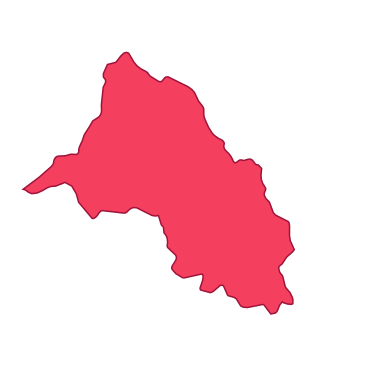 the border of Pardubický, rotated 212°
{"feature_id": "CZE-10373", "entity_name": "Pardubický", "entity_type": "Region", "adm_level": 1, "iso_a3": "CZE", "parent_name": "Czechia", "parent_adm1": "", "projection": "mercator", "projection_center": [16.129, 49.893], "detail": "fine", "context": "isolated", "style": "filled", "palette": "rose", "viewbox_px": 384, "rotation_deg": 212, "n_neighbors": 0, "source": "natural_earth", "source_scale": "10m", "svg_char_len": 2908}
<svg xmlns="http://www.w3.org/2000/svg" viewBox="0 0 384 384"><g transform="rotate(212 192 192)"><path d="M282.7,123.2L289.2,129.2L297.1,133.3L304.8,132.8L310.7,124.8L314.9,121.7L317.2,118.5L319.2,114.5L322.6,109.3L326.9,105.7L330.6,105.1L334.4,105.4L336.7,104.8L329.6,123.1L324.8,139.1L324.5,142.2L325.7,145.4L326.0,146.4L326.1,148.4L325.8,149.6L325.3,150.6L324.5,151.5L318.6,155.6L314.8,159.8L313.6,160.6L312.9,160.9L309.7,162.7L309.1,164.3L309.2,165.7L310.5,168.0L311.0,169.3L311.4,170.8L312.2,177.3L313.6,183.0L313.7,184.7L313.6,192.7L313.8,199.7L310.8,206.3L310.5,208.6L310.9,211.1L311.9,213.2L315.0,217.8L322.8,233.8L323.3,238.7L324.0,240.3L325.0,241.4L328.0,242.5L329.9,245.4L331.3,255.3L325.5,261.4L325.0,263.5L324.5,269.3L323.4,273.7L321.5,275.7L319.4,276.2L309.9,271.3L305.5,269.8L300.8,269.4L294.4,269.8L292.7,269.6L290.3,268.5L288.9,268.1L278.8,268.1L277.1,268.8L276.2,270.1L275.9,272.5L275.6,274.5L275.0,275.7L273.3,277.0L250.9,279.2L246.3,278.8L242.6,277.7L234.9,272.7L228.2,270.2L226.2,268.8L224.8,266.8L223.6,264.7L221.9,262.5L219.5,260.5L212.4,255.7L206.8,252.9L203.0,251.8L198.1,251.5L194.0,251.9L192.0,251.5L190.5,250.5L189.9,249.2L189.4,247.7L188.0,246.3L185.9,245.1L181.6,244.2L178.7,243.2L176.2,241.9L173.5,240.1L172.2,239.6L171.1,239.5L170.3,240.3L169.9,241.0L169.0,243.4L168.3,244.5L167.4,245.2L165.3,246.0L164.4,246.5L161.5,249.8L159.6,251.0L157.9,251.0L155.8,250.4L153.2,249.3L151.5,249.4L150.2,250.1L145.4,248.8L142.4,242.8L139.8,239.3L136.7,236.8L131.8,234.4L131.1,233.7L130.7,232.7L130.2,229.7L129.6,228.4L128.6,227.3L125.9,225.6L120.9,224.4L112.2,217.6L108.9,216.7L94.5,217.9L93.4,217.3L91.4,215.1L86.5,207.1L82.9,202.8L74.7,197.3L74.9,195.0L75.7,192.0L76.6,189.2L77.1,187.5L77.3,185.8L77.4,180.0L77.5,178.7L77.8,177.8L78.2,176.8L78.7,175.3L78.4,173.9L76.6,171.7L75.2,170.6L73.9,169.9L71.4,169.2L69.9,168.1L63.0,161.4L61.7,160.6L55.3,158.5L50.8,155.6L49.4,154.2L47.3,150.7L48.2,149.3L51.7,147.6L55.5,146.6L57.2,146.7L57.6,143.6L57.7,142.6L57.6,141.6L56.9,138.3L56.7,136.8L56.7,135.2L56.9,134.2L57.3,133.4L60.5,130.3L70.9,134.3L72.3,134.2L83.9,123.3L87.5,121.5L90.4,121.2L97.8,124.9L100.6,124.9L106.4,123.2L107.4,123.5L115.1,128.8L116.5,129.1L117.7,128.7L118.6,127.6L121.1,119.6L122.0,117.7L123.2,116.3L132.6,113.5L133.6,113.9L134.3,114.9L136.1,122.5L137.4,125.6L138.2,126.7L138.9,127.4L139.7,127.6L140.8,127.1L152.9,115.2L154.6,114.3L162.5,114.2L167.8,115.8L168.8,116.6L169.4,117.7L169.6,119.3L169.6,125.3L170.0,127.2L170.9,128.7L172.4,129.8L183.2,132.0L184.4,132.9L185.8,135.9L187.7,138.7L189.9,140.7L192.1,141.9L193.7,142.3L194.4,142.9L197.4,146.7L198.3,147.3L200.5,147.8L207.9,154.2L210.6,152.1L213.5,150.9L230.5,149.3L233.0,148.0L234.2,146.9L235.1,145.6L235.8,143.9L236.7,140.2L237.5,138.9L238.6,138.0L258.2,128.7L259.3,127.3L259.7,125.4L259.9,121.4L260.3,119.7L260.9,118.2L261.7,117.2L262.7,116.7L282.7,123.2Z" fill="#f43f5e" stroke="#9f1239" stroke-width="1.5"/></g></svg>